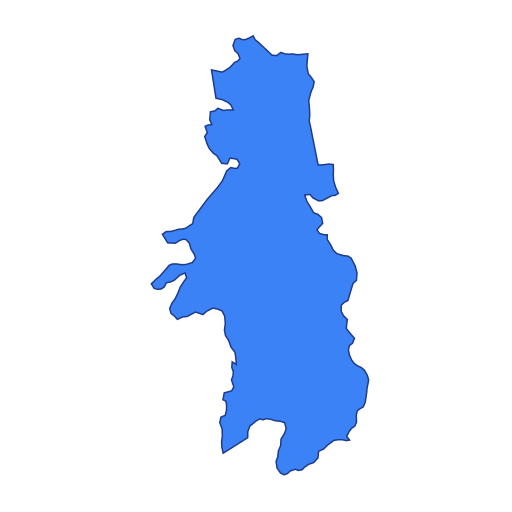 the district of Laranjal Paulista, São Paulo, Brazil, rotated 177°
{"feature_id": "56859067B98155787444179", "entity_name": "Laranjal Paulista", "entity_type": "district", "adm_level": 2, "iso_a3": "BRA", "parent_name": "Brazil", "parent_adm1": "São Paulo", "projection": "equal_earth", "projection_center": [-47.857, -23.018], "detail": "fine", "context": "isolated", "style": "filled", "palette": "blue", "viewbox_px": 512, "rotation_deg": 177, "n_neighbors": 0, "source": "geoboundaries", "source_scale": "gbopen_adm2", "svg_char_len": 3475}
<svg xmlns="http://www.w3.org/2000/svg" viewBox="0 0 512 512"><g transform="rotate(177 256 256)"><path d="M287.7,415.6L281.7,414.0L276.2,411.0L273.3,408.3L271.0,403.0L276.3,403.3L281.0,403.1L286.3,405.5L289.4,403.1L294.0,402.4L295.1,394.3L293.2,389.5L297.0,389.3L300.0,388.2L298.2,381.6L301.0,378.1L298.9,370.3L297.0,365.8L293.3,360.9L290.0,358.4L287.3,353.8L285.4,350.3L279.8,349.5L276.9,355.1L273.4,354.5L270.0,353.6L267.4,349.2L270.0,344.6L273.1,344.6L276.5,345.7L280.8,342.5L283.5,337.0L285.8,332.6L291.1,326.2L301.6,315.3L316.1,297.8L317.5,291.7L324.8,287.4L328.0,286.8L331.8,286.8L336.0,285.7L339.6,285.0L344.5,285.1L348.3,282.6L343.5,273.7L335.9,273.0L331.4,275.5L328.0,276.6L325.0,276.1L322.0,272.4L320.5,266.3L317.7,261.2L316.4,257.1L320.0,252.7L326.8,251.1L331.3,251.3L335.7,252.2L339.9,252.4L343.2,251.3L346.4,247.8L353.3,240.7L356.6,238.4L362.0,233.7L359.4,229.0L355.9,227.9L352.7,227.9L349.4,229.7L346.8,234.0L343.0,234.5L338.8,236.1L333.1,240.8L327.8,242.8L326.4,237.9L329.8,233.7L333.2,229.0L335.8,223.3L339.0,217.5L342.4,213.3L345.0,208.0L343.8,203.1L340.6,200.3L337.8,196.8L332.4,199.0L327.9,199.2L319.4,203.2L312.0,200.3L308.2,203.4L301.7,206.3L296.8,204.9L292.7,202.8L290.4,197.5L290.2,190.1L291.4,183.7L290.6,178.0L287.8,173.3L285.7,166.2L282.0,160.9L281.5,155.0L281.3,148.8L285.3,151.5L286.0,146.0L284.7,141.7L285.3,137.2L287.0,133.7L285.0,126.5L287.3,122.7L290.6,121.9L294.9,121.0L296.5,114.2L293.6,112.5L293.2,108.3L293.6,103.2L295.1,98.5L299.5,96.9L300.9,91.5L298.9,85.1L299.0,78.1L300.1,72.3L300.1,66.9L299.1,60.8L273.8,75.0L273.4,81.0L271.0,86.6L268.0,88.6L264.6,91.2L260.8,93.2L257.6,92.1L254.3,93.0L249.6,92.1L245.2,90.4L240.4,89.7L236.1,88.0L234.9,82.0L236.8,77.4L240.6,71.9L241.3,65.4L243.9,60.0L244.7,54.6L246.7,49.8L246.1,43.2L242.9,38.0L239.3,36.0L236.0,37.1L233.1,39.5L227.8,41.0L225.0,39.6L221.1,40.1L218.7,42.5L214.3,45.2L209.2,46.7L204.7,51.1L203.7,57.7L198.6,59.7L193.9,63.8L187.8,67.8L183.4,68.2L179.5,68.0L175.4,66.9L172.2,67.3L174.9,71.1L172.4,75.5L169.6,78.9L166.3,80.9L164.3,84.8L164.2,91.5L163.0,96.1L160.2,98.0L156.8,99.7L154.6,104.2L153.5,109.4L152.6,114.0L152.0,118.4L150.9,122.4L150.0,126.5L151.2,131.3L153.8,136.4L156.9,139.2L160.9,141.4L163.7,143.8L165.9,147.0L167.9,152.3L168.6,157.6L167.4,161.7L164.2,163.8L162.0,168.7L166.0,173.8L169.6,178.8L169.0,183.1L168.1,187.8L171.8,191.9L173.8,196.2L173.5,202.3L170.2,205.2L166.6,206.7L164.4,212.8L162.8,217.4L160.4,223.8L157.0,226.4L156.0,233.8L157.4,240.7L161.1,248.9L164.2,251.1L168.6,251.8L175.1,254.1L178.4,257.6L181.0,263.5L184.1,268.9L183.7,273.4L187.0,273.7L191.4,275.2L193.7,278.9L191.4,281.6L187.7,285.1L188.5,290.9L191.9,294.3L196.2,296.2L199.0,301.8L202.3,307.8L204.2,314.4L198.8,314.6L196.2,311.1L190.6,307.8L186.9,307.8L182.5,309.8L176.9,312.4L173.8,312.4L170.5,314.2L172.9,320.5L174.5,326.8L174.6,332.8L174.1,338.4L174.1,343.3L178.5,344.0L185.2,343.5L189.2,343.7L194.9,382.9L195.8,388.0L194.9,394.3L194.9,400.7L195.2,408.4L193.6,413.6L192.1,418.0L190.2,421.5L188.8,426.9L191.3,431.3L194.3,435.3L195.3,442.7L194.5,449.1L193.6,455.2L197.4,455.1L201.4,454.8L205.2,455.0L208.3,455.8L212.3,455.8L216.5,456.3L220.5,458.0L224.8,455.1L229.5,455.7L234.2,460.7L237.8,464.4L241.6,468.4L245.7,472.2L247.3,476.0L251.5,474.0L255.3,472.7L258.3,472.7L261.6,474.4L265.5,473.3L268.0,467.4L266.4,462.1L263.1,458.7L261.7,453.9L264.2,451.5L267.2,450.5L271.8,446.0L276.5,443.1L280.1,441.4L285.1,442.7L290.7,444.2L287.7,415.6Z" fill="#3b82f6" stroke="#1e3a8a" stroke-width="1.5"/></g></svg>